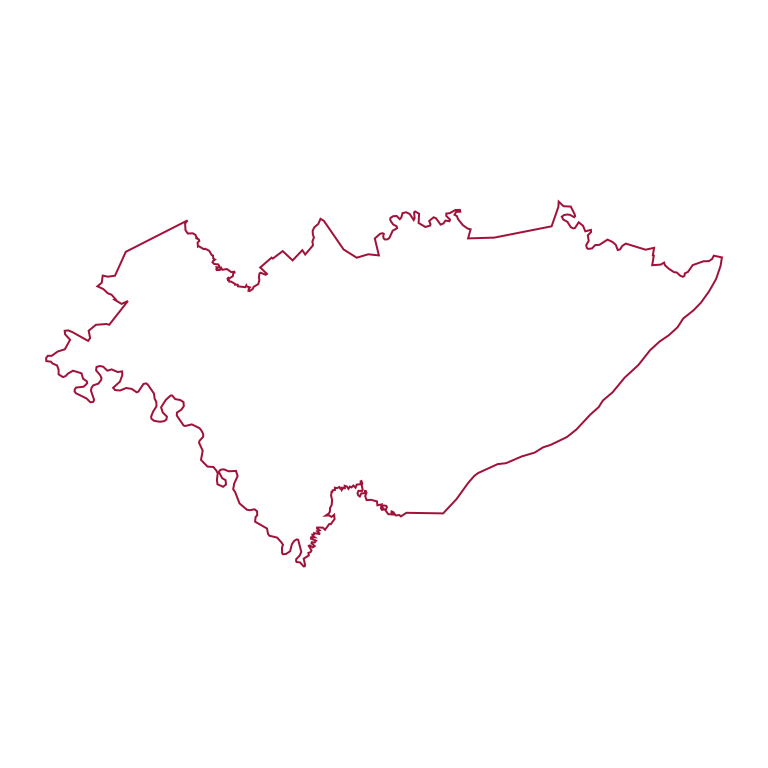 outline of Uthungulu, KwaZulu-Natal, South Africa
{"feature_id": "47623444B51210648784187", "entity_name": "Uthungulu", "entity_type": "district", "adm_level": 2, "iso_a3": "ZAF", "parent_name": "South Africa", "parent_adm1": "KwaZulu-Natal", "projection": "robinson", "projection_center": [31.342, -28.763], "detail": "fine", "context": "isolated", "style": "outline", "palette": "rose", "viewbox_px": 768, "rotation_deg": 0, "n_neighbors": 0, "source": "geoboundaries", "source_scale": "gbopen_adm2", "svg_char_len": 6082}
<svg xmlns="http://www.w3.org/2000/svg" viewBox="0 0 768 768"><path d="M443.1,513.4L456.6,499.0L468.1,483.0L474.2,476.0L478.0,473.1L497.7,464.1L506.0,463.2L521.8,456.4L534.7,452.6L543.1,447.3L550.4,445.0L567.0,437.0L576.4,429.5L590.3,414.6L598.7,407.1L602.9,400.5L612.6,392.3L624.5,377.8L638.5,364.9L650.1,350.2L659.6,341.5L668.6,335.4L674.6,330.0L677.6,327.2L683.2,318.5L693.5,310.3L700.9,302.7L709.1,291.3L716.1,279.0L720.6,265.7L721.9,257.4L713.8,255.7L712.0,259.1L708.9,261.1L703.4,261.3L692.7,265.1L687.9,272.0L684.8,273.4L684.5,275.8L683.0,276.8L680.3,275.8L676.8,272.5L674.1,272.2L669.0,268.9L665.0,265.3L664.1,262.6L660.7,264.6L652.2,265.2L653.8,255.6L652.8,255.4L654.1,247.8L645.6,249.7L625.8,243.6L622.3,245.9L620.1,249.4L617.7,250.0L615.8,244.9L612.6,242.0L607.5,239.6L599.5,244.8L595.1,245.1L592.1,248.4L588.2,248.9L586.8,247.9L586.2,245.0L588.7,240.9L587.8,235.3L591.1,232.0L590.9,229.9L585.3,231.3L583.0,225.8L578.7,222.3L575.0,228.0L573.4,228.4L570.8,227.2L567.4,221.8L563.3,219.6L561.8,216.7L564.0,215.1L567.1,214.5L569.9,214.8L574.2,217.2L575.1,216.1L574.6,214.2L570.8,206.6L563.5,206.2L558.7,201.6L558.4,206.8L551.6,226.3L494.4,237.6L468.1,238.4L470.6,229.3L467.7,228.6L462.8,225.1L458.0,219.1L456.9,216.1L454.5,214.8L456.2,211.8L460.3,211.7L459.9,209.9L455.4,210.0L449.8,213.1L446.3,213.6L446.3,215.9L450.0,219.6L449.5,221.2L445.4,220.6L443.4,223.5L440.6,224.6L435.9,218.2L433.6,217.3L429.2,221.0L430.5,224.1L430.2,225.5L425.5,227.0L418.6,223.0L419.1,213.7L415.1,211.5L414.1,212.4L414.6,218.3L413.7,220.0L409.6,213.9L406.2,212.3L402.5,213.1L401.3,217.5L399.8,219.2L396.6,216.0L393.2,216.2L390.6,217.8L390.1,219.2L390.8,221.1L393.1,224.4L396.7,226.4L397.1,228.2L392.7,230.7L389.4,237.9L387.5,239.3L385.0,239.5L383.7,238.5L383.2,236.3L383.8,233.8L382.5,233.2L380.1,233.8L374.8,238.5L378.9,255.4L368.2,254.3L356.7,257.7L343.6,249.5L323.9,220.9L320.5,218.8L318.3,223.9L314.4,227.2L312.7,230.6L312.8,234.2L313.9,237.5L312.4,241.5L313.0,245.3L305.2,254.5L302.3,250.2L292.6,260.4L282.7,251.1L272.8,258.6L271.6,257.6L260.2,267.5L267.0,273.9L265.7,274.8L260.6,272.7L259.5,273.5L258.9,277.4L259.4,279.9L258.3,284.1L253.7,286.8L252.7,289.0L249.6,291.1L248.6,290.8L249.2,290.1L248.6,289.1L249.9,287.4L246.7,286.4L246.3,285.4L245.3,287.2L237.9,286.3L237.7,284.7L234.9,284.6L234.9,283.8L230.9,281.5L229.3,281.7L228.9,280.2L227.9,280.2L227.5,278.7L228.4,277.8L229.1,278.5L232.8,276.2L233.3,273.1L234.6,272.6L234.3,271.7L231.2,272.1L226.9,269.0L222.3,269.8L221.2,267.9L219.8,270.0L216.8,270.1L216.3,269.2L217.2,268.6L216.6,267.2L219.6,267.5L219.4,266.2L218.2,264.4L214.2,264.0L212.5,262.4L213.1,260.9L215.0,259.6L213.3,258.5L213.0,255.5L211.8,255.2L209.2,250.8L205.1,248.7L203.8,249.2L198.8,246.2L197.9,246.6L197.6,242.6L199.3,240.9L198.7,239.3L196.5,238.4L197.0,237.6L196.1,237.0L195.6,235.0L192.8,233.3L187.8,233.5L185.5,230.3L185.1,223.6L187.5,220.4L125.8,251.8L115.0,275.7L107.8,276.7L102.7,275.6L101.8,282.7L97.4,286.3L103.4,289.1L107.8,293.3L111.5,294.7L115.6,299.3L114.5,299.7L121.6,303.9L127.9,301.0L109.2,324.8L106.5,324.0L95.9,324.8L88.7,330.7L90.1,338.1L88.1,340.9L72.2,332.0L68.3,330.4L64.7,330.8L65.1,334.3L70.1,339.8L64.8,349.3L57.7,351.5L51.7,355.8L47.8,355.8L46.1,358.1L46.3,361.1L51.0,361.7L52.4,363.4L57.1,365.5L58.6,369.7L58.6,374.3L62.9,377.1L65.6,376.1L67.9,373.6L73.0,370.7L81.5,373.3L83.0,378.6L86.9,381.4L87.2,383.3L83.7,386.7L76.0,387.6L74.7,389.6L74.6,391.4L75.8,393.2L86.6,398.5L90.4,402.3L93.3,401.8L94.1,399.9L90.9,390.5L91.6,387.7L93.2,385.4L98.4,383.6L101.1,380.1L101.5,378.1L100.2,375.2L96.1,370.4L96.5,367.0L99.9,366.0L103.2,366.7L107.4,370.7L111.6,369.4L117.6,372.0L122.1,371.4L122.3,375.2L119.9,381.7L113.1,387.8L115.1,390.1L120.1,390.5L126.2,388.0L131.7,388.9L136.7,392.3L138.3,391.7L143.5,383.9L146.2,383.4L147.7,384.5L154.0,393.6L154.6,398.5L156.3,402.0L156.5,406.2L153.0,411.8L151.1,416.7L151.5,418.8L154.1,420.8L160.0,421.8L164.2,421.1L166.4,419.6L166.9,416.6L162.7,412.4L161.1,407.3L165.8,399.9L170.6,395.5L172.2,395.5L175.2,399.1L180.2,400.0L183.5,402.1L183.8,406.3L181.3,409.7L176.9,412.6L176.8,415.6L183.6,425.5L185.2,426.0L191.8,424.4L199.6,428.2L201.7,431.0L203.2,434.1L203.2,436.7L199.6,440.7L199.0,442.7L202.7,450.7L201.0,459.9L207.5,466.6L213.4,467.0L216.5,470.8L217.7,473.3L216.9,480.0L217.5,484.3L223.1,486.8L226.0,484.5L225.6,480.2L222.2,478.2L219.4,472.9L219.1,471.4L220.5,469.8L223.8,469.3L228.7,471.3L236.0,470.9L237.6,476.0L234.2,483.6L233.2,489.2L235.2,492.2L239.5,503.4L247.0,509.8L249.8,510.2L254.6,509.3L257.1,511.3L257.2,515.3L255.6,517.0L255.1,521.7L267.0,528.5L268.0,533.8L269.3,535.7L277.1,537.6L281.1,542.0L283.0,544.8L282.0,547.5L282.1,552.9L282.8,554.2L285.9,554.0L290.1,551.3L291.9,544.2L294.1,541.0L296.7,539.4L298.2,539.8L301.3,551.9L299.6,555.7L296.2,559.1L296.1,561.2L296.6,562.0L300.0,562.4L303.7,566.4L304.7,566.3L305.1,565.2L303.7,558.6L308.8,555.5L308.4,552.9L310.5,552.2L311.5,550.4L308.8,545.9L309.9,545.4L312.7,547.4L314.7,546.1L311.5,543.2L311.8,542.2L314.7,542.5L316.1,540.7L311.0,538.7L311.1,537.3L314.7,537.3L312.6,535.8L312.3,534.6L314.1,534.4L314.1,533.1L319.3,534.0L319.5,533.3L317.2,531.2L319.6,530.4L317.0,528.5L317.1,527.5L322.9,527.6L325.0,529.8L329.3,524.0L330.8,524.2L334.6,519.0L334.1,514.8L331.6,516.9L329.0,515.4L325.7,515.6L328.9,513.4L329.9,511.6L330.0,508.0L331.7,504.9L332.1,500.0L331.1,495.8L331.5,491.8L332.4,491.8L332.7,490.3L335.0,489.9L334.9,487.7L337.2,488.1L339.4,487.0L340.4,488.7L341.5,487.9L341.8,489.9L343.5,487.8L344.8,488.2L344.7,485.8L347.0,486.6L348.4,488.8L349.9,486.6L351.5,487.4L353.4,485.5L355.5,487.7L356.7,484.6L360.8,484.2L360.6,481.4L361.4,481.0L362.3,483.5L361.7,485.4L362.7,489.7L362.2,490.9L358.4,490.9L357.5,493.3L358.2,495.3L359.8,496.5L361.3,493.4L364.9,493.2L365.0,490.9L365.8,491.0L366.5,492.7L365.2,496.1L366.6,500.1L370.9,499.8L377.0,501.4L377.4,505.3L381.7,504.4L380.9,508.2L382.0,509.9L384.3,509.4L382.3,507.5L382.6,506.0L383.8,505.4L386.3,505.9L386.9,507.1L385.5,510.4L388.3,514.2L392.8,514.5L391.4,512.4L391.6,511.4L393.4,512.2L395.7,515.4L399.4,515.1L400.9,516.4L406.4,512.8L443.1,513.4Z" fill="none" stroke="#9f1239" stroke-width="2"/></svg>